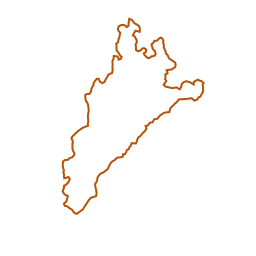 the district of Brejetuba, Espírito Santo, Brazil, rotated 205°
{"feature_id": "56859067B87689209287898", "entity_name": "Brejetuba", "entity_type": "district", "adm_level": 2, "iso_a3": "BRA", "parent_name": "Brazil", "parent_adm1": "Espírito Santo", "projection": "albers", "projection_center": [-41.297, -20.107], "detail": "fine", "context": "isolated", "style": "outline", "palette": "amber", "viewbox_px": 256, "rotation_deg": 205, "n_neighbors": 0, "source": "geoboundaries", "source_scale": "gbopen_adm2", "svg_char_len": 3475}
<svg xmlns="http://www.w3.org/2000/svg" viewBox="0 0 256 256"><g transform="rotate(205 128 128)"><path d="M140.8,28.3L138.3,28.5L134.6,34.9L133.1,45.9L132.0,49.4L130.1,50.8L128.1,52.9L128.9,55.6L130.9,58.7L133.4,61.8L134.1,63.4L133.8,65.2L133.8,67.4L134.7,70.2L134.4,72.2L133.9,74.7L131.5,77.4L130.3,79.8L129.4,81.3L129.0,83.0L129.1,84.7L128.8,89.5L128.0,91.1L126.4,93.5L125.7,95.8L124.5,97.1L122.9,97.9L120.6,99.7L121.4,102.1L119.6,103.0L119.5,105.5L119.7,107.8L118.4,108.9L118.6,111.4L117.9,113.1L118.3,115.8L114.3,117.3L114.3,119.2L114.7,121.9L114.7,123.8L113.5,125.7L112.9,128.2L112.2,130.4L111.3,132.8L111.0,135.2L112.9,137.4L111.2,138.5L110.4,142.0L108.1,143.6L108.0,146.9L105.1,149.0L104.5,152.4L102.8,155.4L101.7,157.0L99.2,158.8L97.2,160.0L98.0,163.1L97.4,165.6L96.4,168.0L95.9,169.7L95.0,171.4L93.8,175.5L90.8,177.2L89.0,178.1L85.1,180.4L83.1,181.9L79.4,180.9L77.3,183.0L77.0,185.7L75.7,187.0L75.6,188.7L75.6,190.6L75.3,192.4L76.6,195.2L77.7,197.4L78.8,199.0L78.4,200.6L81.1,201.6L83.3,201.1L84.9,201.5L86.8,199.3L87.8,197.5L86.9,195.2L91.3,195.6L93.2,195.3L95.1,195.0L96.8,193.1L97.8,190.8L97.2,187.5L97.4,185.0L99.5,185.1L101.2,185.3L103.1,183.9L104.9,182.8L106.8,182.4L109.1,181.9L111.7,181.4L114.0,182.3L113.7,184.0L113.1,186.7L115.0,188.0L115.6,190.4L116.9,192.2L115.3,194.2L116.2,195.6L117.4,196.6L115.5,198.1L113.5,199.2L112.0,201.3L111.1,203.0L111.3,204.9L112.7,207.1L114.6,207.5L117.9,208.1L120.4,208.5L122.6,210.6L125.3,211.7L126.6,213.6L128.5,215.2L129.8,216.4L130.6,218.6L132.2,219.9L132.7,222.0L134.4,223.5L136.5,223.8L137.7,222.1L138.6,219.4L141.0,218.1L141.1,215.6L142.1,213.8L140.7,212.1L139.1,210.4L137.5,209.4L136.0,209.0L134.6,207.5L134.1,205.4L135.3,203.8L137.1,202.8L137.8,200.9L139.6,199.8L141.7,200.3L143.9,201.1L145.2,202.2L143.9,204.5L144.7,206.8L146.8,207.2L148.6,206.3L149.4,203.7L151.2,201.8L153.8,202.1L154.8,204.6L156.4,206.7L156.3,209.8L157.6,211.5L160.3,213.6L162.7,214.0L162.6,216.2L162.4,219.3L160.4,219.7L158.1,220.1L159.0,222.7L160.9,225.0L163.3,225.5L166.4,225.6L168.6,226.8L170.5,227.7L173.0,227.5L172.4,225.7L171.8,223.2L170.7,220.9L171.9,218.9L173.9,219.7L176.4,219.2L177.8,218.3L179.4,216.4L179.2,214.5L178.6,212.8L177.0,211.7L175.2,211.0L174.9,209.2L174.2,206.7L174.0,203.9L173.2,201.3L174.4,199.6L173.1,197.7L172.3,195.7L170.9,193.3L168.1,192.0L166.0,190.5L163.8,189.8L163.7,187.6L165.4,186.0L166.4,187.5L167.9,188.4L169.7,187.8L171.3,187.2L170.3,184.3L170.4,181.9L168.9,179.4L167.9,176.8L166.4,174.1L165.7,171.0L167.5,169.3L168.5,167.6L168.3,165.4L168.8,163.0L168.7,160.1L170.1,157.9L172.4,157.9L174.1,159.0L175.5,160.2L177.1,159.4L177.9,156.3L178.1,153.8L177.3,152.0L177.8,150.0L177.7,147.8L176.9,145.4L177.4,142.5L179.5,141.6L180.7,139.8L179.0,136.6L177.5,134.7L176.1,134.1L174.5,132.7L173.2,131.0L171.6,128.3L170.6,126.4L170.1,123.9L169.0,121.0L167.8,119.1L166.6,116.7L166.1,114.5L165.1,113.1L166.7,111.6L168.2,110.1L169.7,108.2L171.5,104.9L173.1,101.4L174.0,98.8L174.8,97.2L175.0,94.9L173.3,93.5L171.9,91.8L171.6,89.9L170.6,88.1L169.7,85.8L167.8,83.8L166.2,82.8L165.3,81.2L166.1,78.0L168.2,76.1L168.8,74.1L170.2,73.1L171.9,72.0L172.7,69.9L171.7,67.5L171.0,65.9L169.3,63.6L167.9,62.1L167.9,60.4L166.4,59.0L165.7,57.2L164.5,55.5L163.0,56.8L161.3,58.4L159.2,57.2L159.0,55.4L159.4,52.6L160.4,49.9L161.6,48.7L160.7,46.9L160.7,45.0L160.4,42.8L157.9,41.3L156.3,40.9L153.7,40.9L153.4,38.6L152.8,35.6L154.1,32.2L152.5,30.8L150.1,31.3L147.6,30.7L144.2,30.3L140.8,28.3Z" fill="none" stroke="#b45309" stroke-width="2"/></g></svg>